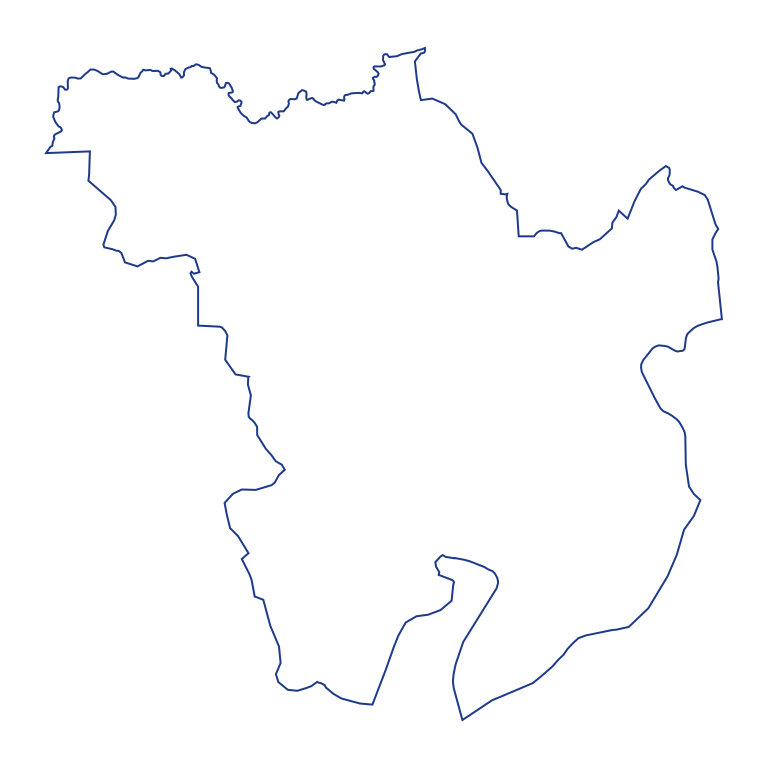 Wusab Al Aali, Dhamar, Yemen
{"feature_id": "15242507B81137292307075", "entity_name": "Wusab Al Aali", "entity_type": "district", "adm_level": 2, "iso_a3": "YEM", "parent_name": "Yemen", "parent_adm1": "Dhamar", "projection": "mercator", "projection_center": [43.763, 14.333], "detail": "fine", "context": "isolated", "style": "outline", "palette": "blue", "viewbox_px": 768, "rotation_deg": 0, "n_neighbors": 0, "source": "geoboundaries", "source_scale": "gbopen_adm2", "svg_char_len": 5899}
<svg xmlns="http://www.w3.org/2000/svg" viewBox="0 0 768 768"><path d="M462.4,720.0L491.9,700.4L532.6,683.2L539.4,677.8L552.4,666.5L558.4,659.6L563.5,654.8L567.4,649.1L573.1,643.0L578.4,638.2L585.9,635.4L612.2,630.0L616.2,629.7L628.8,626.9L648.4,608.2L667.6,576.2L676.9,554.5L684.0,529.8L693.9,515.9L700.4,500.1L693.8,493.9L689.0,486.5L685.8,464.6L685.3,436.4L684.6,432.1L682.5,427.5L679.0,421.7L676.8,419.4L672.1,415.8L668.1,413.4L663.3,411.2L660.4,408.3L655.0,398.6L641.8,372.0L641.1,367.8L641.2,364.5L643.3,360.0L652.5,348.5L655.2,346.6L658.8,345.4L664.4,345.9L667.9,346.6L674.6,350.5L677.3,351.5L682.9,350.7L684.6,348.9L685.9,338.4L686.7,335.6L687.6,333.7L693.6,328.2L697.7,325.8L707.0,322.6L721.0,319.2L721.9,319.2L718.0,282.1L718.6,278.7L717.5,267.6L716.5,261.6L712.4,249.5L712.4,239.4L715.4,233.4L718.2,229.0L715.5,224.4L707.7,199.5L704.6,194.9L697.9,191.7L684.8,187.7L682.4,186.3L676.1,190.0L674.0,188.2L672.8,185.7L670.4,184.4L668.9,182.2L668.0,179.9L668.0,178.3L669.3,175.7L669.7,174.0L669.7,169.5L669.2,168.0L665.9,166.0L659.5,170.6L648.9,179.6L645.9,184.0L640.8,189.0L634.5,201.3L627.6,218.7L618.8,210.6L616.4,217.1L612.4,222.7L611.9,228.4L599.8,239.3L593.4,242.1L582.0,249.7L576.2,247.8L572.3,248.7L568.4,246.5L561.1,233.1L559.1,233.1L554.6,231.6L549.6,230.6L541.4,230.6L539.1,231.3L536.5,233.2L534.1,236.3L518.7,236.3L517.0,210.6L511.0,206.8L508.3,204.2L506.9,199.6L506.7,197.0L507.3,193.9L505.8,194.4L500.7,193.8L500.7,190.0L487.5,170.7L481.5,162.9L477.5,147.8L472.4,133.7L461.3,124.7L458.9,121.0L455.8,114.4L445.3,104.2L432.4,98.6L420.9,100.1L419.0,91.6L416.9,79.5L414.9,61.4L420.7,53.6L424.3,52.6L425.0,50.9L424.9,48.0L422.1,49.2L416.7,50.6L414.5,51.8L402.1,54.0L397.0,56.2L389.1,57.0L387.1,54.3L385.3,54.1L384.0,54.7L383.2,55.7L383.0,60.0L385.0,64.3L384.4,65.2L381.0,66.5L374.7,66.4L373.8,66.8L373.5,67.6L373.8,68.7L377.7,72.2L378.6,73.6L377.5,76.3L376.8,76.8L374.6,76.8L373.0,77.9L373.0,78.9L374.2,80.4L374.2,81.8L374.8,83.8L374.5,85.1L373.7,85.8L373.4,86.9L373.5,90.8L372.7,91.1L370.7,91.1L369.4,92.9L368.0,93.6L367.2,93.5L364.4,91.3L363.6,91.4L362.3,93.3L358.7,92.9L351.8,93.3L347.2,94.9L345.4,95.0L344.7,95.6L344.2,96.8L344.1,98.4L344.5,99.1L344.0,100.6L338.4,99.6L337.1,100.8L336.3,102.8L333.6,101.8L331.8,101.8L328.9,103.3L326.8,103.3L325.5,103.9L324.9,104.8L323.3,105.0L315.8,101.3L314.3,100.0L313.5,98.7L312.8,98.6L312.4,98.0L311.6,98.0L307.5,99.8L306.8,99.8L306.2,97.4L306.6,94.5L306.2,91.7L303.3,90.3L301.9,90.2L298.4,93.1L296.7,98.5L294.3,99.3L290.9,98.9L289.3,99.8L288.4,101.2L288.9,103.6L288.0,106.6L286.3,108.0L283.8,111.3L279.3,111.4L278.4,112.0L278.4,113.7L279.4,115.9L278.6,117.3L277.4,118.3L276.5,118.3L276.0,117.8L271.0,112.3L270.0,112.3L269.3,112.9L269.0,114.9L266.7,116.5L265.2,118.5L261.4,118.6L257.8,121.9L256.6,122.7L255.0,123.3L251.9,123.0L250.2,122.2L248.8,120.9L246.6,117.5L243.3,115.6L243.9,115.7L243.3,115.5L240.7,112.9L237.6,107.5L237.7,106.9L238.4,106.5L240.4,105.9L241.5,102.8L241.3,101.4L240.0,100.5L238.7,100.3L236.9,101.7L234.7,102.0L232.4,99.7L231.8,98.6L229.3,96.3L228.6,94.9L228.5,93.3L228.9,92.9L231.9,92.5L232.8,91.9L232.9,91.2L231.8,88.0L229.2,83.5L227.5,82.8L226.0,83.0L224.7,86.6L224.0,87.4L221.7,87.9L220.2,87.7L218.9,86.3L218.6,84.7L217.0,82.8L216.7,80.7L217.0,78.2L214.0,74.6L211.1,72.9L210.6,70.0L209.8,68.2L202.9,67.2L201.4,66.8L199.0,65.1L196.7,64.3L196.0,64.3L193.5,66.0L191.6,66.0L190.5,67.2L188.6,67.5L185.8,68.9L185.0,69.8L183.9,72.5L184.0,75.4L182.3,77.4L181.3,77.6L179.4,74.2L174.8,70.3L171.8,68.5L170.7,69.0L171.2,70.5L168.3,73.5L165.5,73.8L164.1,75.7L163.2,76.1L162.0,76.0L161.1,75.5L160.5,74.4L160.5,72.9L160.2,72.2L157.9,70.8L153.5,71.0L152.3,70.9L150.3,69.9L145.4,70.4L143.6,69.7L142.9,70.1L142.3,71.2L140.5,72.8L138.4,77.3L137.2,78.1L134.3,78.8L128.2,78.6L124.9,77.3L123.7,77.7L120.6,76.4L117.0,74.3L113.4,71.6L111.3,71.6L107.0,73.8L103.6,74.2L102.5,74.1L97.8,71.1L95.0,69.9L93.8,69.5L91.7,69.5L90.7,69.5L89.8,70.1L87.6,72.2L85.0,74.2L80.8,78.4L77.9,78.6L75.4,77.7L70.9,77.5L68.6,78.4L67.7,81.3L67.9,87.0L67.8,88.7L67.4,89.3L66.8,89.7L65.0,89.6L63.3,87.2L61.6,86.5L60.0,86.4L58.6,87.1L58.3,96.5L57.7,100.1L57.9,101.6L59.1,103.2L59.3,104.2L59.6,107.2L59.2,109.4L58.5,111.0L57.8,111.4L54.2,112.3L53.2,115.6L53.4,117.4L55.4,122.0L58.5,126.3L60.4,127.3L61.1,128.2L61.7,129.2L61.8,130.6L60.7,131.6L55.1,134.4L54.3,135.3L53.9,136.4L54.4,138.7L52.9,141.7L52.4,145.2L52.0,146.0L50.4,146.9L46.1,153.1L89.9,151.4L89.1,174.9L88.4,180.7L111.0,200.3L115.5,207.0L115.8,214.8L114.2,220.3L107.8,231.1L103.4,244.8L104.3,247.3L112.7,249.3L116.1,250.6L118.6,250.9L121.4,253.0L125.0,262.4L137.5,266.4L148.1,260.8L153.3,261.4L160.4,257.8L166.3,258.3L173.4,256.8L186.5,254.8L195.1,258.8L199.4,272.2L194.0,273.7L191.5,271.7L190.5,273.2L192.0,277.0L198.1,286.7L198.1,325.6L219.9,326.7L222.1,327.6L225.2,331.1L227.4,335.4L225.2,359.7L235.5,374.4L248.7,376.8L248.3,377.2L247.9,384.6L250.9,395.4L248.4,413.2L248.7,416.7L249.9,418.4L251.6,419.6L254.5,422.6L257.1,426.8L257.2,435.0L265.9,448.9L271.6,455.4L275.8,461.3L281.7,464.6L284.8,469.8L278.9,475.1L274.7,482.7L271.7,485.1L255.8,489.9L241.8,489.5L232.9,493.8L224.6,502.9L226.8,514.6L230.1,528.1L238.1,536.2L248.5,553.2L241.8,559.0L249.3,573.9L251.5,579.5L254.7,596.5L263.3,599.8L270.3,625.8L279.0,646.5L280.6,663.0L275.9,674.2L278.4,682.1L287.8,689.8L297.3,690.8L306.4,688.0L311.4,686.1L317.2,681.9L318.9,682.8L320.6,683.0L324.7,685.1L325.8,687.4L333.5,693.9L341.5,698.5L359.9,703.5L372.4,704.6L385.8,669.7L393.7,647.3L398.3,635.7L405.7,622.5L416.4,616.3L428.2,614.7L440.6,610.0L451.6,600.7L453.2,585.3L454.0,582.2L453.3,580.9L451.6,579.8L438.7,574.9L439.3,572.1L436.1,566.8L435.3,562.2L440.4,556.7L442.6,555.1L445.7,556.9L454.6,558.3L454.7,558.0L464.3,559.8L469.5,561.2L484.3,567.0L488.3,569.4L492.5,571.1L494.8,573.4L497.1,577.5L498.0,581.0L498.1,583.1L496.5,588.5L463.2,642.0L455.7,664.1L453.6,674.0L452.9,681.4L453.7,688.0L462.4,720.0Z" fill="none" stroke="#1e3a8a" stroke-width="2"/></svg>